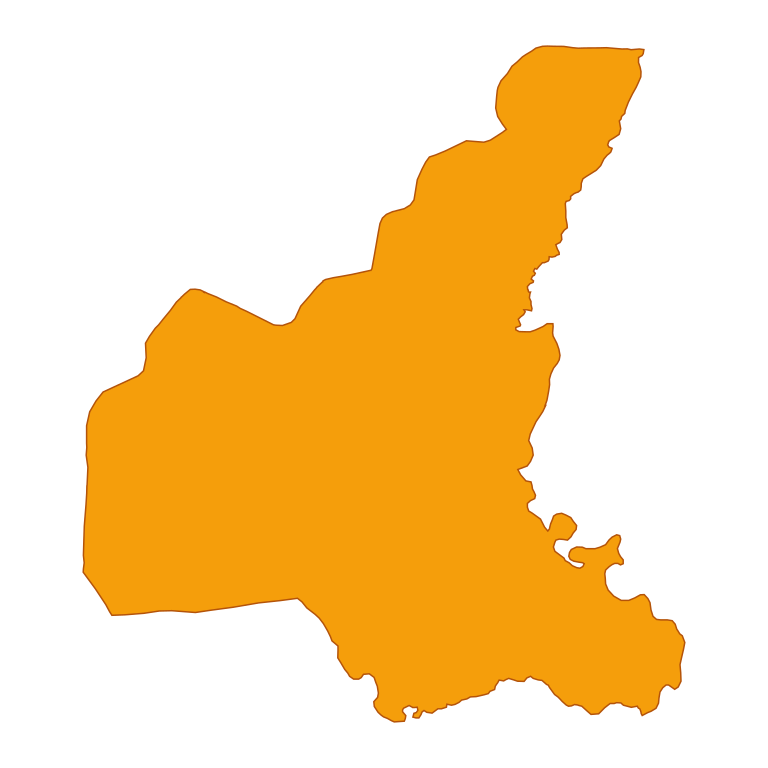 outline of Korogwe Township Authority, Tanga, United Republic of Tanzania
{"feature_id": "72390352B41893572728253", "entity_name": "Korogwe Township Authority", "entity_type": "district", "adm_level": 2, "iso_a3": "TZA", "parent_name": "United Republic of Tanzania", "parent_adm1": "Tanga", "projection": "mercator", "projection_center": [38.503, -5.145], "detail": "fine", "context": "isolated", "style": "filled", "palette": "amber", "viewbox_px": 768, "rotation_deg": 0, "n_neighbors": 0, "source": "geoboundaries", "source_scale": "gbopen_adm2", "svg_char_len": 6056}
<svg xmlns="http://www.w3.org/2000/svg" viewBox="0 0 768 768"><path d="M642.2,715.5L647.7,712.6L651.0,711.3L656.0,708.3L658.5,703.2L659.0,697.9L660.0,692.0L662.8,687.7L666.1,685.0L668.6,685.0L674.7,689.3L678.2,687.0L681.0,681.2L680.7,672.6L680.0,664.7L681.5,657.9L683.5,649.3L684.8,642.5L682.3,635.8L679.7,633.8L677.5,630.2L676.8,629.3L675.2,624.2L672.2,620.7L667.4,619.9L660.8,619.9L656.5,619.4L653.0,616.3L651.0,610.0L650.0,602.7L647.9,598.6L644.2,594.6L640.4,594.8L634.8,597.9L628.8,600.4L621.2,600.4L613.7,596.1L608.1,590.0L605.6,583.9L605.3,578.6L604.8,573.8L605.6,570.0L609.1,566.7L611.9,564.7L614.7,563.4L617.9,563.4L620.5,564.9L623.2,563.7L623.2,559.9L620.5,556.6L618.7,553.3L617.4,548.5L620.0,542.2L620.7,539.1L619.7,535.6L616.7,534.8L612.1,537.1L609.1,539.9L605.6,544.7L600.0,547.2L595.0,548.7L585.9,548.7L582.4,547.2L576.6,547.0L571.3,549.5L569.5,552.5L568.8,556.3L570.3,559.4L573.8,561.2L579.1,562.2L582.6,562.7L584.2,563.7L582.9,566.5L579.9,568.2L576.8,567.7L572.3,565.7L569.3,562.9L565.2,560.6L564.0,558.1L560.2,555.3L554.9,551.3L553.4,547.0L554.9,542.2L555.9,540.1L559.2,539.1L563.2,539.4L567.5,540.1L571.0,536.8L573.1,533.1L576.1,529.5L576.6,525.5L573.3,521.4L570.8,517.6L566.0,515.1L561.7,513.3L556.7,514.1L553.6,516.1L552.4,519.6L550.6,523.9L549.9,526.7L549.4,529.0L547.8,531.0L544.6,527.2L540.5,519.1L532.0,513.0L528.7,511.0L527.4,507.2L527.4,503.4L530.5,500.6L534.7,498.6L535.5,495.3L534.0,491.8L532.5,489.0L532.0,485.5L531.0,481.9L525.9,480.9L520.6,474.8L517.8,469.5L527.2,466.0L530.5,461.4L533.2,455.1L532.2,448.0L528.7,440.6L530.2,434.1L536.0,421.7L540.0,415.8L542.8,411.5L545.6,405.6L545.0,405.7L546.9,400.4L547.3,398.4L548.6,391.3L549.6,384.7L549.4,379.2L550.9,373.9L553.6,368.0L557.2,363.5L559.2,359.9L560.0,355.4L558.9,349.3L556.9,343.5L553.1,336.1L552.6,332.9L553.1,326.5L552.9,323.7L547.1,323.7L543.1,326.5L535.2,330.1L530.2,331.8L526.2,331.8L519.1,331.6L515.8,329.8L515.8,327.5L520.1,326.0L520.6,324.8L519.4,322.0L518.3,319.2L520.6,316.9L523.6,314.6L525.2,311.8L523.9,309.8L526.9,309.8L531.5,310.8L532.0,308.6L531.0,304.5L531.0,301.5L529.4,297.9L529.9,293.9L530.5,292.1L529.1,292.2L528.4,291.5L528.3,290.0L527.7,289.6L527.4,286.5L529.9,283.7L533.1,282.4L533.5,280.9L531.2,279.1L532.4,276.3L534.4,275.2L535.3,273.3L533.5,271.2L534.9,268.5L536.8,269.1L538.9,266.5L542.4,262.7L544.3,262.7L548.1,261.1L549.0,259.6L549.2,256.7L552.0,257.1L555.2,256.4L556.7,255.2L559.2,254.4L559.1,252.4L557.4,249.2L555.8,244.7L558.1,243.4L560.0,242.5L561.8,239.5L561.3,234.3L564.3,230.1L567.3,227.8L567.1,224.7L565.8,217.6L565.8,211.1L565.3,203.6L566.1,201.4L569.3,200.5L570.7,198.8L570.6,196.4L573.8,193.8L576.1,192.7L578.1,192.1L580.7,190.0L581.2,186.8L581.3,183.3L582.9,178.8L586.1,176.6L596.3,170.2L600.7,165.6L603.9,159.0L607.1,155.2L609.5,153.3L610.8,152.0L612.1,148.5L612.1,148.3L608.9,147.0L607.7,144.9L608.8,141.4L609.3,141.0L609.4,140.6L614.6,137.4L619.1,134.4L620.7,128.7L619.3,120.9L621.0,119.1L621.6,116.4L624.8,113.4L625.2,110.4L628.4,102.1L632.4,94.0L636.1,87.4L638.2,82.9L640.8,76.9L641.0,71.7L640.1,67.2L638.5,62.5L638.6,57.5L642.1,55.5L643.2,53.7L643.9,49.6L639.4,49.0L631.1,49.7L627.4,48.9L621.9,49.0L606.4,47.7L598.9,47.9L584.9,48.0L578.3,48.2L572.7,47.7L563.7,46.4L554.3,46.3L547.4,46.1L542.5,46.3L535.9,48.1L531.7,51.1L526.0,54.5L522.4,56.9L517.1,62.0L512.0,66.2L507.4,73.6L501.0,80.8L498.0,87.3L497.3,90.4L496.7,95.9L495.7,108.0L497.7,116.5L502.4,124.0L506.4,129.4L502.0,132.7L490.3,140.2L483.9,142.2L466.4,140.8L445.2,151.0L435.5,155.0L429.4,157.0L425.7,162.1L422.0,169.2L417.3,179.7L415.3,192.1L414.0,199.9L410.3,205.0L404.2,208.7L392.5,211.7L386.4,214.4L382.4,218.1L380.0,223.5L378.3,232.6L374.6,253.9L371.9,268.8L370.9,270.4L370.3,270.4L352.1,274.4L341.2,276.4L333.4,277.7L325.6,279.5L323.0,280.9L322.8,281.8L322.5,281.9L316.7,287.4L316.3,288.1L314.6,289.9L309.8,295.8L300.7,306.2L295.0,318.7L291.3,322.4L282.5,325.5L275.9,325.2L273.5,324.8L246.6,311.3L240.2,308.4L236.7,306.1L226.1,301.8L216.5,297.0L207.7,293.5L205.1,292.2L204.6,292.6L203.8,292.2L204.1,291.8L200.1,289.9L195.1,289.2L190.3,289.4L184.5,294.2L181.8,296.8L181.3,297.1L180.9,297.8L176.4,302.1L170.4,310.4L163.2,319.1L158.6,324.9L155.3,328.2L149.5,336.3L145.5,343.2L146.2,357.8L143.5,370.8L138.1,375.8L103.1,392.0L96.0,401.0L89.7,411.8L86.6,425.7L86.6,443.3L86.8,447.4L86.2,455.2L87.9,467.4L87.1,484.7L86.9,485.9L86.7,493.5L86.0,504.7L84.3,526.1L83.4,555.4L84.2,562.8L83.4,568.9L83.2,572.2L95.3,588.7L105.8,604.6L109.6,611.7L111.9,615.3L125.0,614.8L143.9,613.3L159.3,611.0L171.7,610.7L195.4,612.5L211.0,610.2L233.4,607.2L258.6,602.9L280.1,600.6L297.5,598.3L302.0,601.9L306.8,607.9L315.1,614.3L319.2,618.1L323.4,623.6L327.7,631.0L330.4,636.6L332.0,640.9L338.0,646.0L338.0,650.3L337.8,657.9L340.8,662.7L344.8,669.5L347.8,673.1L349.6,676.3L353.6,679.1L358.7,679.1L361.2,677.6L363.5,674.3L369.3,673.8L374.1,677.4L375.8,682.4L377.3,686.2L378.4,693.1L377.6,697.4L373.8,701.7L374.3,706.5L378.1,712.3L381.1,715.1L383.6,716.9L387.4,718.4L391.5,720.7L394.2,721.9L397.0,721.7L404.3,721.2L405.3,718.6L405.8,715.6L402.6,711.8L402.6,709.8L403.6,708.2L409.1,705.5L411.9,707.0L412.6,707.5L414.7,707.5L417.2,707.2L417.9,710.3L416.2,712.6L413.9,713.3L412.9,717.1L415.9,717.9L418.9,717.9L421.0,714.6L422.0,712.0L424.0,710.5L426.8,712.3L432.1,713.1L437.9,708.8L441.4,708.8L446.4,707.2L446.9,704.2L451.5,705.2L455.0,704.4L459.0,702.4L461.6,700.1L466.9,698.9L470.4,696.9L476.2,696.6L484.0,694.8L488.3,693.6L490.0,691.3L494.6,689.5L495.3,686.2L496.6,684.2L497.6,682.9L499.1,680.1L503.7,680.9L505.9,679.6L508.7,678.4L513.7,679.9L517.5,681.2L524.1,681.4L526.9,677.9L530.6,676.3L531.1,676.7L533.2,678.4L538.2,679.9L542.0,680.4L546.5,684.4L548.3,685.2L549.5,687.5L554.6,694.5L557.9,696.9L559.6,698.6L562.2,701.4L566.2,705.0L568.5,706.2L571.4,705.9L574.7,704.5L576.2,704.9L576.7,704.7L579.0,705.5L581.8,706.2L587.2,711.1L591.0,714.4L598.7,713.8L599.6,712.8L599.9,712.6L604.6,707.8L610.1,703.5L614.2,703.5L616.5,702.7L620.8,702.9L623.4,705.2L631.3,707.3L637.3,706.2L638.3,708.0L639.9,709.0L640.9,711.8L641.2,713.6L642.2,715.5Z" fill="#f59e0b" stroke="#b45309" stroke-width="1.5"/></svg>